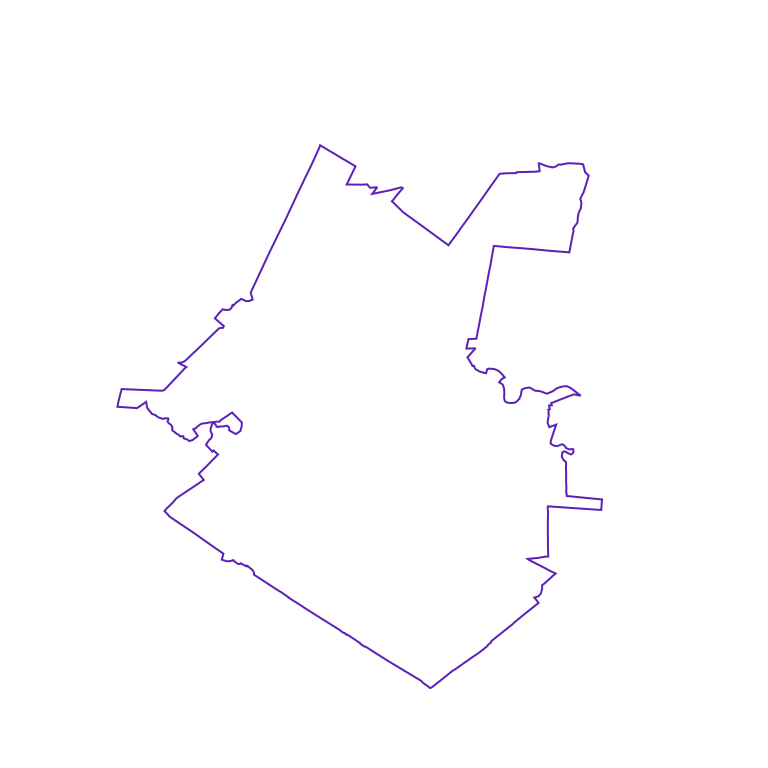 Arad, Arad, Romania (orthographic projection), rotated 199°
{"feature_id": "2599482B53905982235691", "entity_name": "Arad", "entity_type": "district", "adm_level": 2, "iso_a3": "ROU", "parent_name": "Romania", "parent_adm1": "Arad", "projection": "orthographic", "projection_center": [21.276, 46.161], "detail": "fine", "context": "isolated", "style": "outline", "palette": "violet", "viewbox_px": 768, "rotation_deg": 199, "n_neighbors": 0, "source": "geoboundaries", "source_scale": "gbopen_adm2", "svg_char_len": 6154}
<svg xmlns="http://www.w3.org/2000/svg" viewBox="0 0 768 768"><g transform="rotate(199 384 384)"><path d="M309.5,643.0L306.1,635.8L310.6,633.8L320.4,630.1L325.1,628.4L327.5,627.4L327.8,626.4L335.2,623.7L338.6,622.4L343.1,620.4L344.7,615.1L347.5,605.7L349.0,600.5L350.5,595.3L352.0,590.0L353.6,584.7L355.7,577.8L357.5,571.5L358.7,567.3L359.7,564.1L361.5,558.3L362.7,554.5L362.7,554.1L363.9,550.1L365.4,545.3L368.2,536.2L374.9,538.2L381.4,540.2L394.9,544.4L395.1,544.5L397.1,545.1L421.7,552.6L436.0,559.4L435.2,561.1L433.3,566.8L431.4,571.6L430.0,575.3L431.3,575.6L432.0,575.4L440.9,569.4L457.0,559.9L454.6,567.3L455.0,567.6L461.0,565.0L465.0,567.3L469.4,565.4L484.2,560.5L481.8,580.5L522.1,588.9L522.1,586.6L523.7,569.7L524.2,565.4L525.8,552.3L526.3,547.7L528.0,533.1L528.4,528.7L530.8,506.4L535.0,472.3L539.8,427.0L535.7,421.1L536.3,420.5L537.5,419.4L538.3,418.7L541.4,417.5L546.6,418.0L550.3,412.8L552.0,409.2L552.9,409.4L553.0,406.2L553.2,405.8L554.3,404.0L555.1,403.6L555.8,403.1L558.4,402.4L559.1,402.2L560.8,402.1L561.0,401.8L562.1,399.1L562.4,398.5L563.0,397.8L562.9,397.5L563.0,397.1L563.4,396.3L565.0,392.0L565.3,391.0L554.3,386.6L554.6,384.6L556.2,384.1L558.2,382.8L570.7,358.1L579.7,340.9L580.1,340.5L581.0,339.5L582.5,338.3L584.4,337.6L584.9,337.5L586.0,337.1L576.4,335.7L577.7,333.4L589.6,307.1L591.0,305.7L594.2,304.6L630.4,293.8L629.3,279.9L628.6,275.7L609.6,280.8L603.1,289.7L601.0,285.8L600.0,284.3L597.4,282.5L595.9,281.7L593.8,280.2L589.7,280.1L587.9,279.3L585.4,278.9L583.5,279.1L581.8,278.9L580.5,280.0L577.0,281.2L576.5,280.9L576.3,280.4L576.4,279.4L576.4,278.5L576.3,277.9L574.7,276.8L572.4,276.2L570.2,274.5L569.8,273.3L569.3,271.5L568.5,271.1L563.4,269.3L562.0,269.2L559.3,268.1L558.4,268.5L557.7,269.0L557.2,269.3L556.5,269.1L555.8,267.7L555.5,267.4L555.1,267.3L553.6,267.4L552.1,267.5L550.3,266.8L549.5,266.8L549.1,267.0L546.9,268.5L546.1,269.7L543.8,273.0L543.2,274.3L549.6,279.1L547.3,281.3L546.5,283.1L545.7,284.3L544.7,285.8L543.5,287.1L540.8,288.5L540.3,288.7L536.1,291.0L527.1,295.1L526.5,296.8L522.2,302.4L518.4,307.6L506.0,301.4L504.8,297.9L504.7,294.4L504.5,292.8L507.5,288.7L507.9,288.4L514.8,289.7L515.4,289.9L515.7,291.1L516.4,292.5L518.7,293.5L521.8,291.8L525.9,290.1L526.5,289.5L526.7,289.2L527.5,289.1L528.3,289.3L529.2,289.9L530.0,290.7L531.5,291.4L532.6,291.8L533.0,291.7L533.2,291.4L533.3,290.6L533.5,289.1L533.4,288.4L533.5,287.0L533.5,285.7L533.0,284.0L532.4,282.6L532.0,282.3L530.2,280.4L529.8,279.6L529.7,276.4L531.0,274.5L531.1,274.0L532.5,269.1L532.3,268.4L524.2,264.1L523.5,265.7L518.0,263.3L522.0,254.9L524.4,249.8L529.9,238.8L523.2,234.6L542.9,208.7L545.2,202.9L549.0,195.4L550.2,192.5L543.0,188.6L515.9,181.4L491.8,174.4L480.6,171.3L480.2,165.1L479.2,165.1L475.0,165.2L471.6,166.5L469.2,168.4L468.3,167.7L466.2,167.2L464.7,166.6L463.3,166.3L460.8,167.3L460.8,167.8L455.8,166.9L454.3,166.9L454.3,167.6L453.0,167.3L447.6,165.2L445.5,163.3L444.7,161.3L436.4,159.3L421.2,155.4L418.3,154.7L413.6,153.7L404.6,151.2L404.7,150.9L388.3,147.1L387.4,146.7L368.8,142.3L344.5,136.7L344.1,136.3L341.6,135.6L340.0,135.8L339.2,135.1L337.9,134.7L337.7,135.1L336.4,134.9L328.1,132.8L322.0,131.1L321.9,130.7L317.6,129.5L316.1,129.4L314.8,129.4L305.4,127.1L290.2,123.5L251.7,115.3L251.1,114.9L249.8,114.1L245.9,113.0L243.6,112.4L241.8,111.5L240.4,112.3L238.5,115.1L228.6,130.7L226.0,134.9L224.6,136.4L210.6,155.7L207.1,160.3L202.6,167.1L202.6,167.4L200.8,170.0L200.7,171.2L200.4,171.8L198.6,174.6L198.8,175.9L183.7,199.6L183.6,200.3L176.3,212.1L172.4,218.3L170.0,221.9L167.4,226.1L166.6,227.4L172.3,231.0L169.0,233.4L167.6,236.4L167.6,239.0L167.8,242.0L169.0,245.1L166.7,248.7L161.9,257.6L160.0,260.7L163.7,261.1L165.7,261.3L172.4,262.4L189.4,264.8L191.2,265.4L186.2,267.7L182.1,269.5L178.3,271.6L176.3,272.8L172.5,274.3L175.8,283.0L183.4,304.6L185.7,311.6L187.3,316.8L188.1,318.2L188.6,319.2L189.2,321.7L137.6,335.6L140.3,345.8L174.8,337.6L175.9,340.4L176.2,340.4L176.6,341.5L177.0,341.9L177.0,342.8L178.7,348.0L179.1,348.4L180.3,351.7L180.4,352.1L183.0,359.9L183.6,361.1L185.0,365.0L185.1,365.7L186.0,368.3L186.5,369.4L187.2,369.8L188.4,370.1L188.8,370.2L191.7,372.5L191.9,373.1L192.2,373.3L192.8,375.6L192.8,376.5L193.1,377.1L192.7,378.1L192.1,378.5L191.8,378.9L189.9,379.1L187.9,378.5L185.8,378.4L184.8,378.2L183.9,378.5L182.9,380.0L182.9,382.0L183.2,382.8L184.2,384.0L184.7,383.9L186.1,383.1L187.5,382.5L188.7,382.5L189.8,382.6L191.1,382.8L191.4,382.9L191.9,383.7L194.2,384.8L195.0,385.0L195.6,385.0L196.2,384.8L197.0,384.3L199.7,381.9L200.3,381.5L202.2,381.3L203.3,381.0L204.9,381.3L206.2,381.7L207.1,382.1L207.3,382.5L207.8,384.9L208.0,401.6L213.7,397.0L216.9,400.9L218.0,408.2L219.1,410.0L219.3,411.8L220.3,413.1L219.0,414.3L221.0,417.4L218.4,418.4L219.7,420.3L205.9,432.1L201.0,436.0L194.2,437.0L206.6,441.1L210.6,441.5L213.7,440.1L216.5,438.4L219.2,436.2L221.2,433.3L222.6,431.6L225.9,428.6L227.3,427.8L230.4,428.0L234.2,428.0L239.0,426.9L245.2,428.1L248.9,426.2L251.9,423.6L251.0,418.2L251.2,414.2L252.6,411.0L254.3,409.0L256.1,408.0L258.9,407.0L262.3,406.5L264.3,407.3L265.9,409.9L267.4,415.1L269.0,418.8L271.5,422.1L274.4,422.9L275.7,423.1L274.3,427.0L272.0,429.5L276.7,432.3L277.9,432.9L280.2,433.7L281.7,433.9L283.6,434.0L284.2,434.0L285.7,433.8L289.4,432.8L291.2,431.7L291.0,427.3L298.4,426.9L299.8,427.4L301.2,427.6L302.0,427.7L302.5,428.0L303.9,429.2L304.4,429.8L304.6,430.2L304.8,430.5L305.0,430.5L305.3,430.4L306.1,429.9L306.5,430.0L307.1,430.6L308.0,431.6L309.4,432.7L313.8,436.4L309.3,447.0L309.5,447.3L317.6,444.4L317.9,446.1L318.6,452.8L318.8,454.0L317.6,454.3L311.4,456.9L313.0,468.0L313.8,474.1L314.6,478.9L316.0,490.2L316.9,494.9L317.8,500.9L318.6,507.0L319.0,509.5L320.7,520.9L321.7,528.2L322.2,531.9L323.2,537.9L324.4,545.8L325.1,550.3L324.5,550.5L311.7,553.6L305.2,555.3L297.8,557.3L294.8,558.0L286.6,560.1L273.6,563.2L269.5,564.2L251.7,568.8L251.7,569.4L254.8,591.1L255.8,592.6L253.6,599.7L255.1,605.1L255.7,609.6L255.1,613.9L256.3,619.7L258.7,622.9L257.7,630.4L258.1,644.3L258.4,647.8L262.8,649.7L267.2,656.5L270.2,656.1L281.6,652.8L288.1,649.0L290.3,648.5L292.3,645.6L295.2,643.6L302.2,642.9L307.9,643.3L309.0,643.1L309.5,643.0Z" fill="none" stroke="#5b21b6" stroke-width="2"/></g></svg>